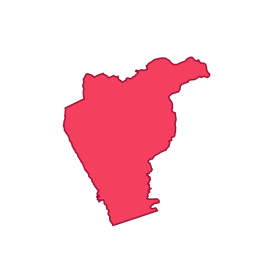 outline of Tuolumne, California, United States of America, rotated 298°
{"feature_id": "52423323B26881284907235", "entity_name": "Tuolumne", "entity_type": "district", "adm_level": 2, "iso_a3": "USA", "parent_name": "United States of America", "parent_adm1": "California", "projection": "albers", "projection_center": [-120.026, 38.034], "detail": "fine", "context": "isolated", "style": "filled", "palette": "rose", "viewbox_px": 256, "rotation_deg": 298, "n_neighbors": 0, "source": "geoboundaries", "source_scale": "gbopen_adm2", "svg_char_len": 5492}
<svg xmlns="http://www.w3.org/2000/svg" viewBox="0 0 256 256"><g transform="rotate(298 128 128)"><path d="M116.1,63.2L115.6,63.6L114.3,64.6L113.2,64.8L112.0,65.5L110.6,66.0L109.7,66.4L109.0,66.7L108.4,66.9L107.6,67.9L106.4,68.1L104.9,68.4L104.0,68.5L102.7,69.0L101.2,69.6L100.3,69.8L99.2,70.6L98.1,71.7L96.9,72.5L96.1,73.0L95.3,74.7L95.1,75.2L94.6,75.5L94.4,76.2L93.7,77.8L93.0,78.9L92.0,80.4L90.9,81.4L90.0,82.0L89.4,82.7L88.8,84.0L88.4,85.0L87.4,86.2L86.0,87.1L85.2,88.6L84.0,90.0L83.8,91.4L82.4,92.6L81.6,94.0L81.4,95.6L79.3,97.4L78.2,99.6L77.1,101.3L76.4,102.3L75.8,103.1L75.6,104.1L75.1,105.1L73.8,106.2L72.9,107.7L71.7,108.6L71.1,109.6L70.7,110.4L71.1,110.5L70.9,111.3L70.3,111.5L69.8,112.7L68.8,115.0L66.8,116.3L66.2,118.3L65.7,120.1L64.5,121.0L63.8,121.5L63.5,122.8L62.9,123.6L62.3,123.7L62.0,124.5L61.9,125.1L60.7,126.6L60.3,127.9L59.2,129.9L59.2,131.2L58.3,131.5L56.8,131.4L55.7,131.5L54.7,132.1L54.6,134.2L54.2,134.7L53.4,134.6L53.2,134.3L53.0,133.8L53.5,133.4L53.3,132.9L52.6,132.7L52.2,133.2L51.9,134.1L51.1,134.5L50.5,134.6L50.5,135.3L51.0,135.8L50.6,136.5L50.0,136.5L49.3,136.9L49.6,137.5L49.9,137.4L50.3,137.3L51.0,137.2L51.1,137.9L52.1,138.8L52.8,139.7L52.3,141.2L51.0,142.0L50.3,142.3L50.0,142.8L49.7,143.3L49.6,144.1L49.9,144.8L49.6,145.4L49.4,145.9L48.9,146.3L48.7,146.1L48.0,146.1L47.4,146.9L46.6,147.4L46.5,148.5L46.2,149.2L45.9,149.9L45.1,150.4L44.2,150.2L43.3,150.6L42.2,151.4L42.2,152.1L41.7,152.9L41.3,153.3L41.1,153.6L40.8,153.9L40.2,154.1L38.8,154.9L37.7,155.8L37.2,156.6L36.9,157.5L36.4,158.3L36.1,159.2L35.0,160.3L34.9,160.5L68.8,192.8L69.0,192.7L69.4,192.0L69.6,191.5L70.1,190.7L70.3,190.1L69.9,189.1L69.2,188.8L68.6,187.9L68.0,187.1L68.0,186.1L68.3,185.3L68.3,185.0L68.7,184.7L69.4,184.9L70.0,185.1L71.4,185.3L72.1,186.2L73.0,186.1L73.8,186.6L74.3,187.3L74.9,188.4L75.7,189.1L76.0,189.8L76.4,190.2L77.4,190.2L78.2,189.7L78.6,188.6L79.0,187.9L78.8,186.6L77.9,185.1L77.2,184.0L76.2,182.4L76.0,181.6L75.6,180.9L75.2,180.4L75.0,179.9L75.0,179.3L74.8,179.0L74.7,178.5L74.5,178.3L74.4,177.9L74.7,177.8L75.1,177.8L75.5,177.8L75.9,177.5L76.4,177.5L77.0,177.8L77.7,177.4L78.2,176.6L79.3,176.4L80.5,176.7L81.4,177.1L81.6,177.2L82.1,176.8L82.0,176.2L82.0,175.4L82.3,175.1L83.0,175.5L83.6,176.0L84.8,176.4L85.3,176.7L85.4,176.3L85.2,176.1L85.1,175.5L85.8,174.3L86.9,174.0L87.3,173.9L87.7,173.6L87.9,173.2L87.7,172.6L87.9,172.1L87.9,171.8L88.2,171.6L88.4,171.8L89.2,172.0L89.4,172.3L89.6,172.3L89.7,172.1L90.0,171.9L90.3,172.0L90.9,171.8L91.3,171.6L91.6,171.7L91.8,171.9L92.3,171.9L93.0,171.8L93.2,171.3L93.2,171.1L93.5,170.9L93.9,170.9L94.0,171.1L94.4,171.0L94.6,170.8L94.9,170.3L95.0,169.8L94.8,169.5L94.6,169.0L94.8,168.9L95.0,168.7L95.4,167.9L95.5,167.7L95.3,167.4L95.2,167.1L95.2,166.8L95.4,166.7L95.6,166.7L95.9,166.7L96.0,166.4L96.1,166.2L96.4,166.2L96.5,166.3L96.4,166.5L96.5,166.8L96.9,167.1L97.2,167.5L97.6,167.7L97.9,168.0L98.3,167.9L98.6,167.9L98.9,167.9L99.3,168.0L99.7,168.1L99.9,168.3L100.2,168.5L100.4,168.7L101.0,168.8L101.4,168.8L101.8,168.9L102.4,168.9L102.5,168.6L103.2,168.3L103.2,168.1L103.4,167.6L104.0,166.9L104.5,166.7L105.0,166.2L105.6,165.6L105.8,165.3L106.2,164.7L106.8,164.3L107.2,163.9L107.0,163.1L107.1,162.7L107.2,162.2L107.5,162.2L107.7,161.6L108.2,161.4L109.2,161.6L109.9,161.9L110.4,162.2L110.5,162.0L110.8,161.8L111.1,161.9L111.3,162.6L111.6,163.3L111.9,163.9L112.5,164.0L113.5,164.2L114.3,164.4L115.4,164.1L116.6,165.0L117.6,165.6L118.6,166.3L121.8,168.1L124.2,170.0L126.5,171.9L127.6,171.8L128.1,171.7L129.1,172.1L129.9,172.3L131.2,172.8L132.0,172.2L132.7,172.2L134.5,171.8L134.9,170.9L135.6,170.4L136.2,170.9L136.6,171.8L137.4,172.2L138.4,172.0L138.9,171.4L139.7,170.9L140.8,171.5L141.5,172.4L142.8,172.9L143.6,172.8L143.8,172.5L144.9,172.0L146.8,171.8L147.8,171.3L148.6,170.7L149.4,170.4L150.8,169.8L153.0,167.9L158.0,166.4L163.4,162.6L163.2,159.5L165.1,157.9L166.5,158.0L167.6,157.1L169.2,156.5L170.7,155.2L171.8,153.7L173.2,150.3L175.4,149.4L178.8,150.7L181.8,153.7L183.7,155.5L186.4,155.7L189.6,154.5L191.7,155.0L192.4,155.5L194.7,157.5L196.9,159.5L198.0,159.3L198.5,159.2L198.9,159.6L199.8,160.6L202.2,164.2L205.1,165.9L207.1,167.1L207.1,169.1L207.3,169.2L209.3,170.8L209.9,174.5L212.4,175.4L213.1,175.2L214.1,174.5L214.3,173.8L214.2,173.2L214.4,172.5L214.8,172.3L215.6,170.7L217.4,169.4L218.7,168.5L220.7,166.5L220.6,164.0L219.7,163.0L219.6,161.3L220.4,159.7L220.6,158.7L221.1,158.5L220.8,157.8L220.0,158.0L219.2,156.7L219.3,155.2L220.3,152.0L220.5,151.1L220.1,150.9L219.7,150.3L219.3,149.4L218.0,148.7L216.1,147.4L214.5,147.6L212.7,146.1L210.4,143.9L207.8,142.1L206.7,140.9L205.4,138.2L205.8,135.5L206.9,132.8L207.0,131.9L207.1,128.2L205.9,125.4L203.7,122.6L201.1,119.5L198.3,118.1L196.5,117.1L194.7,116.0L192.3,115.8L191.8,115.0L190.5,115.8L190.0,116.5L189.2,117.5L188.8,117.2L187.3,116.1L186.0,114.5L186.2,113.3L185.3,112.2L183.8,110.9L182.8,109.1L182.9,108.3L181.8,108.0L181.5,108.6L181.7,109.7L181.7,110.7L180.7,111.0L178.6,110.0L177.2,109.9L176.3,109.3L175.5,108.3L174.1,108.2L172.5,107.1L172.3,105.2L171.9,104.0L170.6,103.3L169.8,103.9L166.8,102.2L165.8,101.4L165.9,100.2L166.4,99.7L166.2,98.6L166.4,98.1L166.3,97.7L166.6,96.8L167.6,95.8L168.9,94.9L168.0,94.1L167.3,93.1L167.2,91.9L167.5,91.5L167.7,90.8L167.0,90.4L165.6,89.4L164.3,88.3L163.5,87.5L163.3,86.5L164.0,86.0L164.0,84.1L164.1,82.2L164.1,80.8L164.5,80.4L160.7,76.9L156.8,74.2L157.6,71.9L156.9,66.9L156.1,65.9L149.9,65.8L147.8,67.5L143.8,68.3L142.2,70.6L139.3,71.4L135.2,73.8L133.3,75.7L116.1,63.2Z" fill="#f43f5e" stroke="#9f1239" stroke-width="1.5"/></g></svg>